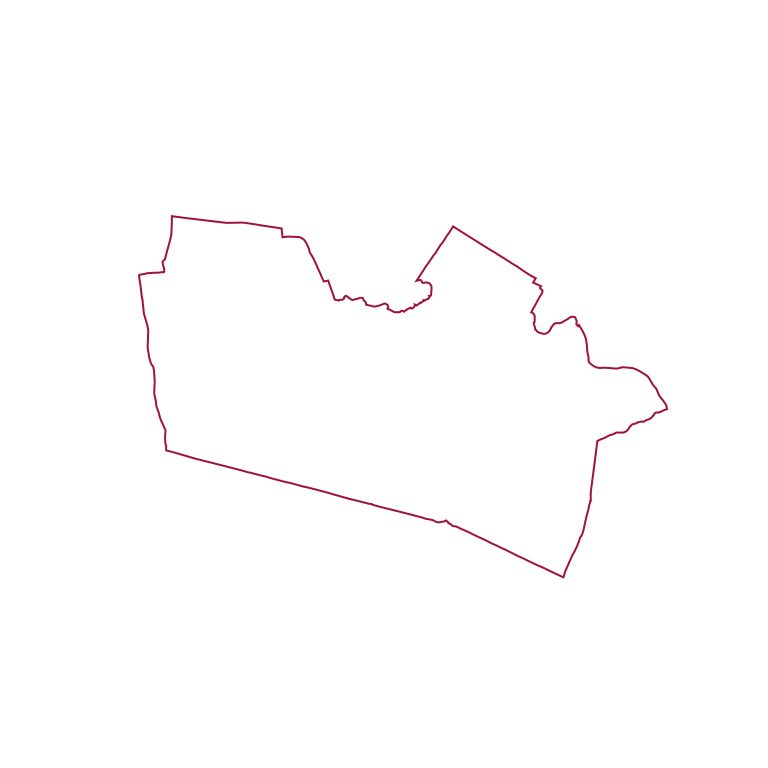 Icoana, Olt, Romania (orthographic projection), rotated 322°
{"feature_id": "2599482B73230890802840", "entity_name": "Icoana", "entity_type": "district", "adm_level": 2, "iso_a3": "ROU", "parent_name": "Romania", "parent_adm1": "Olt", "projection": "orthographic", "projection_center": [24.708, 44.406], "detail": "fine", "context": "isolated", "style": "outline", "palette": "rose", "viewbox_px": 768, "rotation_deg": 322, "n_neighbors": 0, "source": "geoboundaries", "source_scale": "gbopen_adm2", "svg_char_len": 6166}
<svg xmlns="http://www.w3.org/2000/svg" viewBox="0 0 768 768"><g transform="rotate(322 384 384)"><path d="M411.5,643.2L426.4,635.2L431.3,633.1L435.7,631.0L441.1,627.8L443.4,626.1L444.6,625.5L446.5,625.1L447.5,624.5L451.2,622.0L461.5,613.4L463.3,612.0L467.4,609.1L471.4,605.5L472.8,604.7L474.3,603.3L474.9,603.5L478.9,598.2L481.0,595.9L501.6,575.6L517.0,560.3L521.9,561.3L523.4,562.0L530.3,563.3L533.0,564.4L535.7,565.2L536.3,565.0L536.7,565.2L537.7,565.6L539.0,566.8L540.9,568.3L541.3,568.4L542.4,569.4L542.9,569.7L544.8,570.3L546.4,570.4L547.5,570.1L548.4,570.1L549.2,569.9L551.7,568.9L552.2,569.1L553.7,568.7L554.6,568.7L555.8,569.1L556.4,569.5L556.8,569.5L559.1,570.5L560.6,570.5L564.6,572.7L564.7,573.1L565.8,573.7L569.2,574.1L570.3,574.7L571.1,574.9L574.2,575.2L576.0,574.9L576.3,574.6L577.0,574.5L577.4,574.6L579.0,573.9L579.8,573.7L581.6,574.4L582.0,575.1L583.3,575.5L584.1,576.1L587.8,576.8L591.6,578.0L592.9,575.5L593.6,572.9L593.7,569.8L593.7,563.0L594.0,561.3L595.5,556.2L595.6,554.4L595.4,551.7L595.5,549.5L596.3,544.0L596.5,541.0L596.3,539.6L595.8,537.9L593.6,532.0L592.2,528.8L591.1,526.7L589.7,524.6L585.1,520.1L581.9,517.4L579.1,516.3L576.8,515.1L567.6,506.7L565.1,505.1L562.8,503.2L561.3,501.1L560.4,499.4L559.2,495.1L559.0,493.7L559.1,492.5L559.6,491.4L561.9,488.5L563.3,485.3L564.8,482.6L567.5,478.7L570.5,473.6L571.4,471.4L572.5,467.5L573.0,465.1L573.4,462.3L573.9,457.6L572.6,458.0L572.4,456.9L572.4,455.4L572.7,454.9L574.0,453.8L574.7,452.9L574.9,452.2L575.2,450.9L575.6,449.5L575.6,448.9L574.9,447.9L573.2,446.5L572.3,446.1L568.5,445.9L561.0,444.8L559.5,444.0L558.3,442.9L557.2,442.1L555.6,441.5L555.0,441.4L554.1,441.5L550.8,442.4L548.0,443.8L547.3,444.0L544.5,444.3L542.8,444.0L541.3,443.2L540.3,442.4L539.7,441.6L537.7,438.8L537.3,437.7L537.0,436.4L537.1,435.2L536.8,434.1L536.8,433.8L536.9,433.5L537.3,433.2L538.1,431.7L538.9,429.1L539.3,428.4L539.8,428.0L540.8,427.9L541.1,427.5L542.3,426.2L543.1,425.0L544.4,423.7L544.4,423.3L544.8,422.4L545.1,421.2L545.1,420.4L544.8,419.2L544.1,418.2L545.0,417.7L549.1,415.9L550.9,415.4L552.4,414.6L553.7,414.1L555.0,413.4L557.5,412.4L559.1,411.6L564.5,409.7L566.3,408.3L566.5,407.8L566.5,407.4L565.9,404.8L566.0,404.5L566.5,404.1L568.0,403.6L563.9,395.9L568.7,394.1L566.7,389.8L563.3,380.2L561.3,373.3L560.1,370.5L556.5,360.4L556.0,358.7L554.7,355.4L553.7,352.9L552.2,348.3L550.5,344.3L549.3,341.0L548.1,337.5L547.5,336.0L535.4,302.3L533.7,303.1L528.4,304.9L522.2,306.7L521.7,307.1L516.3,308.9L514.5,309.1L509.8,310.8L507.5,311.5L506.8,312.0L505.5,312.5L504.1,312.7L502.3,313.1L497.6,314.7L487.8,317.6L484.8,318.8L473.1,322.7L476.6,324.2L477.0,325.2L477.0,326.1L476.9,326.5L476.7,326.9L476.6,327.2L476.9,328.3L477.7,328.9L479.2,329.5L480.8,331.0L481.2,331.5L481.6,332.3L481.7,332.8L481.9,333.9L481.7,335.8L481.3,336.5L481.0,336.8L480.5,337.9L480.1,338.2L475.7,343.0L475.0,343.2L474.0,342.8L473.7,342.5L473.5,343.4L471.6,344.2L470.2,343.6L468.0,343.4L467.5,343.0L467.2,342.3L467.0,342.2L466.7,342.3L467.0,343.0L462.5,342.7L462.4,342.2L458.2,342.3L457.2,340.3L456.8,341.0L456.2,341.5L455.8,341.7L454.4,341.9L452.7,341.9L452.1,341.3L451.8,340.5L451.8,340.1L448.9,339.6L445.1,339.3L444.3,339.4L444.0,338.8L443.8,338.1L443.2,337.2L441.9,336.9L440.7,337.2L437.7,334.9L436.5,333.8L436.1,333.2L434.3,329.0L433.9,328.3L433.2,327.5L433.1,327.1L433.2,326.6L434.7,325.9L435.0,325.4L435.3,324.6L435.3,323.8L435.2,322.8L434.9,322.1L434.4,321.5L433.7,320.8L428.7,319.3L424.8,317.5L424.0,317.0L422.8,315.7L422.1,314.6L419.8,311.9L419.0,310.8L418.8,310.4L418.9,310.1L419.7,309.2L419.9,308.6L419.7,306.0L419.5,305.4L420.2,303.8L420.1,302.8L417.7,301.1L417.3,301.0L416.3,300.9L414.6,299.9L413.5,299.4L412.4,299.2L411.5,298.8L410.5,297.9L410.1,297.2L409.9,295.8L409.3,294.7L409.2,294.2L409.3,293.6L408.8,292.5L408.5,291.3L408.2,290.9L407.9,290.8L406.0,291.1L405.6,291.3L405.4,291.6L405.4,291.9L405.2,292.1L404.3,292.1L403.0,292.0L401.9,290.9L401.3,290.6L399.9,290.5L399.6,290.2L399.3,289.6L397.8,288.2L397.6,287.7L397.2,287.0L398.8,282.7L403.7,268.1L399.7,266.2L400.5,262.6L402.5,254.9L403.5,250.3L404.3,248.1L404.6,246.4L405.9,240.5L406.4,235.2L407.0,233.4L408.1,231.3L409.4,226.0L409.7,223.9L409.8,221.5L409.7,220.7L408.9,218.1L408.0,216.4L403.1,212.1L399.5,209.1L395.9,206.7L394.4,206.0L397.8,200.3L399.2,198.5L384.4,182.9L381.2,179.3L372.8,170.5L370.7,168.8L359.0,160.0L330.2,131.4L320.2,121.2L319.8,121.7L315.6,126.9L310.4,133.0L308.4,135.3L304.4,138.6L297.8,143.6L295.7,145.1L288.9,150.3L287.9,150.9L285.5,151.1L285.0,151.2L284.6,151.5L283.1,154.2L282.3,156.4L281.8,157.6L280.6,159.3L280.1,159.9L279.3,160.4L278.2,159.4L274.5,157.2L270.4,154.1L264.8,150.5L262.9,149.8L259.1,147.6L258.7,147.5L257.9,147.5L255.5,151.4L253.8,154.7L247.7,164.8L246.4,167.1L245.6,168.9L243.7,171.8L238.2,180.6L233.5,192.3L231.6,196.0L230.8,197.2L227.9,200.5L226.0,203.0L222.7,206.7L220.1,210.0L219.2,211.4L217.6,214.6L217.0,215.4L215.2,218.9L213.4,223.2L212.9,225.0L212.8,227.5L212.6,228.6L212.4,229.2L210.6,232.5L204.7,241.1L200.9,245.4L197.0,250.2L196.5,251.0L194.2,256.1L192.7,258.5L190.9,261.6L188.9,267.8L187.0,272.0L186.2,274.3L185.5,277.1L183.4,285.8L182.9,286.5L179.4,290.3L177.4,292.9L175.1,296.3L174.9,296.9L174.3,298.6L172.2,301.1L171.5,302.3L175.1,306.9L188.8,325.9L195.7,334.9L199.7,339.9L203.5,344.9L213.8,358.2L220.0,366.3L221.9,369.1L224.6,372.3L229.6,378.9L234.5,385.0L236.7,388.3L244.1,398.1L249.9,405.2L257.3,415.2L260.2,418.6L264.4,424.0L272.5,434.7L275.7,439.2L287.0,454.6L289.1,457.0L297.7,468.2L299.1,469.8L300.5,471.2L300.6,471.9L300.9,472.5L305.5,478.7L316.1,492.2L325.6,504.5L332.4,513.5L333.4,515.0L333.5,515.4L338.0,520.4L339.2,522.3L339.8,524.0L341.1,525.9L342.0,526.8L344.2,527.9L346.5,529.2L347.1,529.5L347.8,529.5L348.8,529.7L349.0,530.2L349.4,532.4L349.4,532.8L349.1,533.2L349.0,533.4L349.5,534.0L349.6,534.4L349.9,534.6L350.2,535.1L350.3,535.7L350.4,536.9L351.0,538.6L352.4,539.8L353.6,541.5L355.2,544.9L359.1,552.1L362.1,558.5L368.3,570.5L370.4,575.3L373.5,581.1L375.3,584.9L377.6,589.3L383.8,602.4L386.6,607.6L388.6,611.9L393.4,621.5L395.0,624.2L396.9,627.8L398.4,631.0L405.5,645.2L406.2,646.6L406.4,646.8L409.3,644.8L410.3,643.9L411.5,643.2Z" fill="none" stroke="#9f1239" stroke-width="2"/></g></svg>